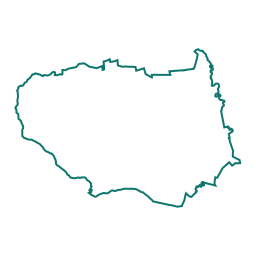 Remetea, Harghita, Romania
{"feature_id": "2599482B72781380218321", "entity_name": "Remetea", "entity_type": "district", "adm_level": 2, "iso_a3": "ROU", "parent_name": "Romania", "parent_adm1": "Harghita", "projection": "mercator", "projection_center": [25.391, 46.802], "detail": "fine", "context": "isolated", "style": "outline", "palette": "teal", "viewbox_px": 256, "rotation_deg": 0, "n_neighbors": 0, "source": "geoboundaries", "source_scale": "gbopen_adm2", "svg_char_len": 5675}
<svg xmlns="http://www.w3.org/2000/svg" viewBox="0 0 256 256"><path d="M95.2,196.8L96.0,196.7L97.7,195.4L99.7,194.3L103.8,192.9L104.4,193.2L107.9,193.3L111.3,190.6L112.9,190.4L113.8,190.8L114.9,191.0L115.9,190.8L116.7,190.6L117.4,190.1L118.0,189.9L119.4,189.9L121.8,189.5L123.4,188.9L125.6,188.7L129.4,188.8L131.4,188.8L132.7,188.9L133.3,188.7L134.6,189.1L134.9,188.9L136.5,189.3L138.0,190.3L138.8,190.5L140.1,191.4L141.2,192.0L142.8,192.3L144.8,194.0L146.5,195.1L147.6,196.0L149.9,198.2L152.0,200.0L153.0,201.4L156.1,202.1L168.7,204.8L171.6,205.3L177.6,206.7L182.0,206.0L182.3,204.6L183.9,201.3L184.3,200.4L185.6,194.5L186.0,193.3L188.6,195.8L190.9,196.9L191.5,196.9L193.9,194.3L196.0,192.6L195.8,192.0L196.1,191.9L196.2,191.6L196.6,191.4L196.6,191.1L196.7,190.4L195.9,189.9L195.5,189.2L195.9,188.1L196.3,187.5L196.3,187.0L196.4,186.5L197.0,186.4L197.3,186.5L197.7,187.1L198.2,187.0L198.5,186.2L199.5,185.2L200.0,185.0L200.1,186.0L200.5,186.6L200.9,186.8L201.2,186.7L201.5,186.4L201.9,185.6L201.9,185.0L202.2,184.7L202.8,184.7L203.3,185.5L203.9,185.4L204.1,184.8L203.9,184.3L203.7,184.1L203.3,183.9L203.2,184.1L202.6,184.1L202.3,184.0L202.2,183.7L201.7,183.6L201.5,183.2L201.5,182.9L201.8,182.6L202.7,181.9L204.6,182.8L215.3,185.5L214.7,184.5L214.5,183.0L214.8,180.3L215.3,177.3L217.2,177.8L222.6,168.1L229.3,162.3L230.9,164.3L232.1,165.6L235.6,163.0L237.0,163.4L239.1,163.1L239.8,162.8L240.2,163.3L240.6,163.7L240.4,163.2L239.9,161.9L239.5,159.9L237.4,159.0L232.8,156.6L232.9,154.9L232.8,154.0L233.1,150.9L232.9,149.9L232.3,148.6L229.8,141.3L229.8,140.4L228.8,137.9L229.7,137.7L228.8,133.8L232.0,131.8L232.8,131.0L232.5,129.9L232.0,129.9L231.8,129.2L231.2,129.4L231.1,128.8L230.3,128.9L230.5,129.6L229.5,129.8L229.2,127.8L228.3,127.9L228.1,126.8L227.3,127.0L227.2,126.7L224.3,127.4L223.0,120.6L221.4,112.6L221.1,110.6L221.5,110.3L221.7,110.0L221.8,109.3L221.9,108.2L222.2,107.0L222.5,106.7L223.6,106.0L223.9,105.6L223.8,104.9L222.9,103.1L223.0,102.7L224.4,101.8L224.4,101.4L224.3,100.8L222.5,100.4L221.6,99.9L220.5,100.0L220.2,99.9L219.4,99.0L219.0,98.3L218.9,97.8L218.9,97.4L219.2,96.9L220.3,96.2L220.4,95.9L220.5,95.5L220.3,95.2L219.5,94.4L219.2,94.3L218.2,94.6L218.1,94.9L218.1,95.5L217.9,96.0L216.8,96.5L216.0,96.7L215.4,96.3L215.3,96.0L215.3,95.2L215.7,94.3L216.2,93.7L217.5,93.5L217.8,93.3L218.4,92.3L218.5,91.6L218.4,90.8L218.2,90.1L217.9,89.4L217.9,89.0L218.1,88.4L218.9,87.3L219.1,86.8L219.0,86.0L218.6,84.2L217.8,83.7L217.2,83.5L215.9,83.7L215.1,84.2L213.9,85.5L213.4,85.8L212.3,85.9L212.1,85.8L211.8,85.3L211.8,84.5L212.1,83.9L212.2,83.6L212.2,82.5L212.1,82.1L212.1,80.9L211.9,80.1L211.7,79.6L211.5,79.2L210.9,78.7L210.7,78.0L211.1,77.9L211.2,77.3L210.7,76.6L210.8,76.1L212.0,74.1L212.0,73.3L211.7,72.7L210.8,72.2L210.6,71.7L210.5,70.9L210.7,70.4L211.0,70.2L211.6,70.2L212.1,70.5L212.3,70.3L212.7,69.7L212.9,68.7L212.8,68.2L212.5,67.9L212.0,67.7L211.5,68.0L211.1,68.0L210.7,67.8L210.1,67.0L209.9,66.3L210.0,65.8L210.3,65.6L210.9,65.7L211.1,65.9L211.4,66.2L211.2,67.2L211.4,67.4L211.7,67.5L212.0,67.3L212.2,66.9L212.4,66.3L212.5,65.8L211.6,65.3L210.7,63.5L210.2,62.7L208.8,61.0L208.2,60.4L207.7,60.2L207.4,59.7L207.4,59.1L207.6,58.7L207.2,57.7L206.1,56.0L206.1,55.0L205.8,54.4L205.1,53.6L203.1,51.9L202.7,50.8L202.1,50.6L201.0,50.9L200.4,50.7L199.2,50.2L198.4,49.3L197.0,49.6L196.5,49.9L195.5,50.5L194.6,51.6L197.7,54.3L197.1,57.6L195.9,62.4L195.0,65.5L194.6,67.1L194.0,67.7L193.7,68.8L183.6,70.2L183.6,70.4L180.6,70.4L169.4,71.3L170.3,74.9L151.9,74.8L151.9,77.4L151.3,77.2L146.2,74.3L145.7,74.2L143.9,68.3L136.3,70.7L135.5,67.0L131.3,66.7L129.7,66.8L125.2,66.5L122.2,66.7L119.6,66.0L117.9,65.4L117.7,63.1L117.4,60.1L116.9,60.3L114.9,61.2L110.5,62.0L109.9,61.6L109.9,59.5L109.7,59.2L107.9,60.2L104.5,61.4L103.6,61.5L104.2,69.2L103.8,69.6L103.2,69.7L102.6,69.9L102.4,68.2L102.0,66.1L98.3,67.6L96.5,68.1L89.4,66.7L84.0,63.2L83.0,63.5L78.9,63.9L76.2,67.1L68.5,68.7L67.6,69.0L66.2,69.9L65.5,70.2L62.5,70.0L62.4,74.2L61.7,74.6L60.2,74.2L56.7,75.2L54.8,75.1L55.1,72.5L54.3,72.1L53.7,71.9L52.8,72.2L52.0,72.6L51.1,73.7L49.9,74.6L48.7,75.2L47.1,75.5L44.5,75.1L43.9,75.2L43.3,75.4L43.0,76.1L41.6,75.6L40.5,74.9L39.0,74.3L36.3,73.6L35.1,73.4L34.3,74.2L32.5,74.4L30.3,77.5L28.9,78.8L27.5,79.7L26.9,81.4L26.0,82.2L24.6,82.9L24.2,83.5L23.8,84.4L23.4,84.8L23.2,85.3L22.8,85.6L22.0,85.9L21.6,85.7L21.0,85.7L20.0,86.1L19.5,86.2L19.1,86.5L18.2,87.5L18.3,88.5L17.9,89.6L17.3,90.2L17.1,90.7L17.4,91.2L17.5,91.9L17.7,92.2L17.8,94.8L18.1,95.6L18.0,97.2L17.6,98.8L17.4,101.9L17.5,102.7L17.8,103.3L17.7,104.6L16.2,106.3L15.6,107.4L15.4,107.7L15.6,108.0L16.5,110.4L16.5,110.9L16.4,111.8L16.5,112.7L17.5,113.4L18.3,114.3L18.5,118.7L18.7,119.0L19.2,119.3L20.4,120.3L21.3,122.0L21.5,122.9L22.7,125.4L23.0,125.8L23.2,127.9L22.8,129.0L22.4,129.6L22.2,130.3L22.2,131.2L22.4,132.2L22.3,132.6L22.2,134.8L22.4,136.1L22.6,136.2L23.5,137.3L24.4,138.1L25.5,138.1L26.1,138.7L28.4,139.5L31.9,139.7L32.2,140.0L32.9,140.3L33.1,140.5L37.0,142.4L37.2,142.7L37.6,143.0L39.1,143.6L39.6,143.9L43.3,147.8L43.6,148.7L44.3,149.8L44.8,150.3L46.4,151.4L47.1,151.8L48.1,152.0L50.1,153.3L51.0,153.3L51.4,153.5L51.6,153.9L53.0,154.8L53.6,155.7L54.4,157.2L54.6,157.9L54.6,158.3L55.5,159.6L55.7,161.2L56.0,161.9L56.1,162.6L55.9,163.2L56.1,163.9L56.8,165.0L57.2,165.4L58.2,165.8L64.5,170.7L66.9,173.2L67.2,174.4L68.5,175.2L69.2,175.7L69.7,176.5L70.3,177.2L70.4,177.5L73.3,178.2L74.9,178.2L78.3,177.5L78.9,177.5L79.8,178.0L81.6,177.4L83.0,177.5L83.8,177.3L84.5,177.4L85.8,177.9L86.9,179.9L89.4,181.6L90.2,182.5L90.7,183.2L91.0,183.4L90.9,185.1L91.6,186.4L91.2,187.0L90.4,188.8L89.7,189.8L91.7,189.9L91.1,192.1L90.1,191.8L88.8,192.8L89.2,193.0L90.6,194.4L95.2,196.8Z" fill="none" stroke="#0f766e" stroke-width="2"/></svg>